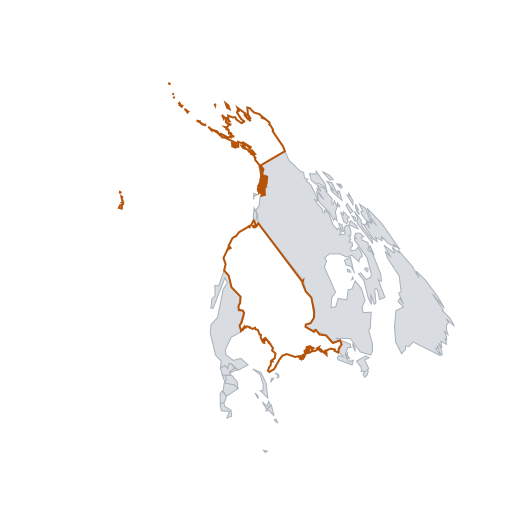 North America, with United States of America highlighted, rotated 53°
{"feature_id": "USA", "entity_name": "United States of America", "entity_type": "country or territory", "adm_level": 0, "iso_a3": "USA", "parent_name": "North America", "parent_adm1": "", "projection": "robinson", "projection_center": [-126.716, 45.186], "detail": "fine", "context": "in_parent", "style": "outline", "palette": "amber", "viewbox_px": 512, "rotation_deg": 53, "n_neighbors": 17, "source": "natural_earth", "source_scale": "50m", "svg_char_len": 13565}
<svg xmlns="http://www.w3.org/2000/svg" viewBox="0 0 512 512"><g transform="rotate(53 256 256)"><path d="M231.0,234.5L223.7,229.8L218.9,228.4L217.9,223.5L211.2,217.1L212.6,211.9L199.6,199.5L194.6,202.4L186.5,197.9L189.7,169.7L199.3,172.1L215.6,169.5L217.7,167.5L222.9,170.4L225.8,168.4L226.1,170.6L232.2,169.4L246.0,172.0L249.2,173.5L246.2,175.0L250.3,175.6L258.1,174.8L260.7,176.5L262.9,175.0L260.4,173.8L261.7,172.8L266.1,172.4L277.1,175.7L283.8,175.3L283.1,173.5L284.9,173.0L288.6,174.0L289.3,176.8L292.1,171.6L286.4,168.6L285.7,165.5L287.6,163.5L293.1,165.2L297.0,168.3L295.6,169.7L299.8,170.3L300.7,173.3L302.9,171.0L306.2,172.9L306.2,175.1L309.0,177.1L311.4,172.4L310.4,169.2L316.9,169.8L320.4,171.3L320.1,174.3L322.5,177.3L313.2,178.9L311.4,184.2L304.7,187.8L298.5,196.1L298.8,202.2L302.5,202.7L306.1,208.1L332.8,214.3L334.8,220.4L342.4,227.2L344.5,222.8L339.4,215.9L345.7,209.9L338.4,202.7L340.1,199.3L335.5,191.7L345.4,191.4L357.2,195.6L360.7,202.2L365.7,204.6L370.2,197.8L382.8,208.5L382.7,210.5L396.4,216.0L402.3,220.4L404.1,224.1L395.4,230.4L378.7,230.4L369.7,241.8L383.3,233.7L386.2,235.3L384.4,237.6L388.0,243.7L392.1,245.4L396.4,244.9L397.8,241.1L400.9,244.8L388.3,252.8L386.2,252.5L385.3,249.6L389.2,246.9L382.0,247.4L378.3,240.9L374.1,239.7L370.3,247.8L361.2,247.8L343.0,259.1L340.8,258.1L342.5,252.7L340.1,246.7L322.5,236.8L313.9,237.4L304.8,233.2L231.0,234.5ZM321.4,191.3L322.7,189.9L325.9,189.9L323.9,192.2L321.4,191.3ZM319.1,161.1L315.8,158.6L326.5,161.0L321.9,160.9L319.1,161.1ZM332.6,193.9L331.1,191.5L332.9,192.2L332.6,193.9ZM288.2,155.1L287.4,156.1L281.7,155.2L285.0,153.4L288.2,155.1ZM285.1,148.6L280.5,148.6L279.7,147.8L283.6,147.9L285.1,148.6ZM274.5,145.2L280.8,146.4L278.0,147.8L274.5,145.2ZM316.3,155.2L290.7,155.5L286.2,151.7L279.4,150.6L290.3,150.5L296.4,153.5L312.5,153.2L316.3,155.2ZM247.9,147.3L253.5,147.4L246.5,148.1L247.9,147.3ZM249.9,145.3L253.6,145.9L248.1,146.4L249.9,145.3ZM405.4,226.8L404.4,231.8L413.8,233.7L413.9,236.1L415.5,235.5L418.2,239.4L418.2,242.3L415.0,241.8L413.7,238.6L411.6,241.5L408.4,239.0L400.5,239.1L401.7,228.8L405.4,226.8ZM313.8,181.3L325.6,186.6L329.2,187.4L321.8,186.3L317.3,189.5L312.8,188.0L313.8,181.3ZM318.0,163.1L323.3,161.2L345.8,167.4L351.7,171.2L348.4,172.6L366.7,178.0L365.0,183.5L356.5,179.4L353.7,179.8L354.3,181.5L365.6,188.4L365.8,190.7L355.5,187.4L364.2,192.9L357.2,191.7L340.3,184.5L331.8,184.8L332.5,182.6L341.3,182.2L341.8,176.8L339.3,174.5L324.3,168.4L303.0,167.7L300.8,166.7L302.6,165.5L299.5,165.5L297.8,162.7L300.3,159.1L305.3,158.3L304.5,160.1L306.9,161.8L312.6,158.5L317.5,161.3L318.0,163.1ZM284.6,159.3L291.4,157.5L295.6,158.2L287.0,163.1L284.6,159.3ZM228.5,152.2L235.7,148.7L241.3,148.3L239.9,151.1L228.5,152.2ZM204.6,220.0L208.0,217.7L207.1,221.4L209.3,224.0L204.6,220.0ZM261.1,144.1L270.4,145.4L273.4,147.7L262.3,146.5L264.0,145.7L261.1,144.1ZM229.3,236.1L223.6,235.1L216.5,228.6L223.3,230.2L229.3,236.1ZM224.5,157.0L239.6,157.3L244.1,159.2L236.6,161.9L234.2,165.0L228.6,166.3L222.5,163.7L226.6,158.7L224.5,157.0ZM254.7,150.5L263.2,153.8L250.5,156.6L247.0,155.8L251.1,154.6L239.1,154.5L243.3,151.3L256.4,153.8L253.1,151.4L254.7,150.5ZM259.0,160.3L265.5,161.4L268.5,166.1L276.7,170.1L273.2,170.3L274.3,172.5L266.3,171.2L250.4,173.1L241.2,168.9L251.7,167.8L239.8,167.3L238.6,166.3L243.5,165.2L236.4,164.5L244.8,159.7L247.0,160.2L246.1,161.5L255.9,160.6L260.2,164.3L261.1,163.1L259.0,160.3ZM275.9,161.4L273.2,159.5L281.5,158.4L280.7,160.6L284.2,161.8L284.6,164.2L281.4,165.3L271.7,161.9L275.9,161.4ZM262.5,158.9L265.3,158.8L267.0,159.4L265.5,161.2L262.5,158.9ZM268.9,151.6L278.6,151.8L278.9,155.0L269.6,153.6L268.9,151.6ZM277.0,142.1L283.9,139.8L298.4,144.1L293.6,146.7L286.1,146.6L283.6,145.5L284.5,143.9L277.0,142.1ZM284.8,138.5L305.4,136.0L337.5,137.1L329.0,139.3L333.0,139.3L325.4,142.9L315.4,144.1L318.2,144.4L317.2,144.9L319.5,146.1L313.1,149.4L317.4,150.5L313.0,152.0L294.8,151.3L297.4,149.5L295.5,147.7L302.4,148.6L295.5,146.5L299.8,144.0L295.2,141.9L304.4,141.4L293.6,141.3L284.8,138.5ZM335.9,176.3L332.4,177.3L331.2,175.9L333.3,173.9L335.9,176.3ZM282.6,168.4L289.0,171.5L287.9,172.5L279.7,170.6L282.6,168.4ZM384.0,231.6L388.6,232.1L392.0,234.1L387.0,233.1L384.0,231.6ZM388.4,241.0L389.9,242.7L394.4,243.0L392.6,244.6L388.8,243.2L388.4,241.0Z" fill="#d9dde1" stroke="#a8b0b8" stroke-width="1"/><path d="M384.1,334.1L384.6,339.8L376.3,338.8L382.5,337.7L379.7,333.4L384.1,334.1Z" fill="#d9dde1" stroke="#a8b0b8" stroke-width="1"/><path d="M385.6,341.3L384.4,333.5L394.5,337.8L387.6,338.5L385.6,341.3Z" fill="#d9dde1" stroke="#a8b0b8" stroke-width="1"/><path d="M360.8,311.1L363.8,309.7L364.0,310.6L360.8,311.1ZM363.9,309.0L366.4,310.6L366.1,313.0L365.4,310.8L363.9,309.0ZM362.9,317.4L364.3,315.4L365.7,320.2L362.9,317.4Z" fill="#d9dde1" stroke="#a8b0b8" stroke-width="1"/><path d="M364.7,137.1L376.9,135.2L397.4,135.3L411.0,136.9L392.6,137.9L411.9,138.9L411.7,140.0L422.8,138.5L431.4,139.8L420.5,142.0L425.0,142.1L425.9,145.5L429.7,148.3L434.2,150.0L429.1,150.9L434.5,152.2L437.9,154.4L436.0,154.6L441.2,157.0L435.4,159.7L441.3,162.8L435.6,162.4L443.7,164.8L446.8,167.0L443.5,167.5L436.5,164.9L439.1,166.8L438.1,168.2L447.0,168.5L419.3,182.2L420.2,188.2L418.0,190.6L420.5,193.0L421.7,198.6L408.5,196.2L395.6,187.7L383.8,177.1L385.6,169.0L377.9,170.0L376.3,166.6L383.2,167.3L371.5,164.3L372.0,161.7L358.3,153.7L337.3,152.3L329.8,149.9L338.3,149.0L324.4,147.3L336.5,143.9L336.5,143.0L330.8,142.1L339.3,139.7L337.7,138.8L358.6,137.4L371.1,139.0L364.7,137.1Z" fill="#d9dde1" stroke="#a8b0b8" stroke-width="1"/><path d="M248.4,290.2L255.3,289.6L266.1,294.3L279.1,292.9L287.0,301.4L293.5,299.6L301.9,311.3L307.6,313.0L306.0,324.7L312.4,337.1L316.9,339.4L325.8,336.9L328.7,329.7L338.2,327.8L336.5,339.0L327.2,340.6L325.9,342.5L329.1,346.5L325.2,346.5L324.0,351.8L318.9,347.0L310.9,348.0L289.9,338.9L283.8,333.3L281.9,323.6L263.0,302.5L260.0,294.9L254.8,294.1L271.9,321.6L270.6,323.5L263.6,316.9L263.1,312.5L254.8,306.7L257.4,303.8L248.4,290.2Z" fill="#d9dde1" stroke="#a8b0b8" stroke-width="1"/><path d="M369.4,371.8L367.9,376.8L364.1,370.7L358.9,376.8L352.9,373.9L352.5,369.1L357.1,371.5L364.3,368.8L369.4,371.8Z" fill="#d9dde1" stroke="#a8b0b8" stroke-width="1"/><path d="M353.7,368.8L352.5,373.4L344.3,367.5L343.3,364.2L350.2,364.1L353.7,368.8Z" fill="#d9dde1" stroke="#a8b0b8" stroke-width="1"/><path d="M350.2,364.1L344.0,363.6L337.9,357.3L345.9,350.9L351.1,350.2L350.2,364.1Z" fill="#d9dde1" stroke="#a8b0b8" stroke-width="1"/><path d="M351.1,350.2L345.9,350.9L338.9,357.1L332.6,352.2L336.8,347.2L345.4,346.8L351.1,350.2Z" fill="#d9dde1" stroke="#a8b0b8" stroke-width="1"/><path d="M332.6,352.2L337.6,354.4L337.1,356.5L330.5,354.5L332.6,352.2Z" fill="#d9dde1" stroke="#a8b0b8" stroke-width="1"/><path d="M324.0,351.8L325.2,346.5L329.1,346.5L325.9,342.5L327.2,340.6L332.7,340.6L332.8,347.2L335.8,347.7L332.6,352.2L330.5,354.5L324.0,351.8Z" fill="#d9dde1" stroke="#a8b0b8" stroke-width="1"/><path d="M332.7,340.6L335.7,338.7L333.7,347.2L332.8,347.2L332.7,340.6Z" fill="#d9dde1" stroke="#a8b0b8" stroke-width="1"/><path d="M398.1,338.2L402.7,339.2L398.1,340.1L398.1,338.2Z" fill="#d9dde1" stroke="#a8b0b8" stroke-width="1"/><path d="M364.8,339.2L369.0,338.6L371.2,340.3L364.8,339.2Z" fill="#d9dde1" stroke="#a8b0b8" stroke-width="1"/><path d="M351.9,322.2L363.7,324.5L376.6,332.1L366.1,333.6L368.0,331.7L362.8,327.6L353.5,324.1L344.2,326.6L351.9,322.2Z" fill="#d9dde1" stroke="#a8b0b8" stroke-width="1"/><path d="M415.6,367.0L418.6,364.4L418.6,366.9L415.6,367.0Z" fill="#d9dde1" stroke="#a8b0b8" stroke-width="1"/><path d="M361.6,247.8L371.8,246.9L374.0,239.6L378.2,240.9L379.6,245.4L382.7,248.4L379.0,250.3L378.1,249.3L374.8,252.3L373.8,256.9L377.4,259.1L374.2,259.7L373.3,258.7L373.3,260.1L369.5,260.4L367.0,262.2L367.1,261.2L366.7,260.5L366.4,263.0L367.4,263.4L367.5,265.5L366.1,268.1L363.7,266.5L364.6,264.8L363.4,266.0L364.3,267.8L365.4,268.9L365.7,270.1L364.1,274.5L364.3,271.7L361.9,269.1L362.7,266.4L360.9,267.2L362.3,271.3L360.2,270.0L359.6,270.2L360.0,268.9L359.9,268.5L359.4,269.5L359.5,270.4L362.7,271.9L360.1,271.0L362.7,273.0L361.5,273.2L363.1,274.8L362.8,275.0L362.1,274.2L360.2,273.8L362.7,275.3L364.0,275.3L366.1,279.0L364.3,276.1L365.1,278.0L362.4,277.6L365.4,278.9L364.5,280.6L362.0,280.0L363.6,280.9L362.5,281.7L364.1,282.3L361.4,282.7L360.3,285.4L352.8,290.5L351.5,295.0L352.8,299.6L357.3,309.8L356.6,315.2L354.8,315.5L352.8,312.6L352.2,310.2L349.3,307.4L350.1,306.2L348.8,306.3L349.0,302.7L345.6,299.1L341.0,300.0L339.9,297.9L335.3,297.7L335.8,296.9L335.1,297.7L333.0,298.1L332.8,296.5L332.6,297.6L326.2,297.9L329.0,298.7L328.2,300.2L330.4,301.6L329.4,302.4L327.0,300.5L327.0,302.0L323.8,301.3L321.9,299.5L320.9,300.4L316.2,299.0L313.7,301.0L314.3,300.4L312.8,299.9L312.3,302.4L309.6,304.1L308.4,303.3L309.1,304.2L307.0,305.2L306.3,308.0L305.4,307.6L306.9,313.0L301.7,311.0L300.3,307.3L294.4,299.8L291.5,299.4L289.0,302.3L285.6,300.3L283.9,296.9L279.2,292.8L266.1,294.4L255.3,289.6L248.4,290.2L244.3,285.2L238.1,283.2L232.7,273.1L233.9,273.3L233.2,271.5L235.4,271.4L231.3,271.6L227.5,263.9L228.1,259.8L226.8,255.2L228.1,243.8L230.2,244.0L227.9,243.6L228.5,241.3L226.1,236.6L231.3,237.4L230.4,239.9L231.9,238.1L231.9,240.2L230.7,240.7L231.5,240.8L232.4,239.9L232.7,237.8L231.2,234.5L304.1,234.5L303.9,233.2L305.7,235.3L314.3,237.6L322.5,236.8L335.0,242.7L340.1,246.7L342.5,252.7L340.7,257.5L342.3,259.1L351.5,255.3L350.7,253.0L351.5,252.6L357.0,252.5L361.6,247.8ZM212.5,212.0L211.1,215.5L209.9,214.3L210.7,213.8L210.0,211.3L208.1,212.0L207.2,213.0L208.7,210.9L205.7,208.2L204.1,207.9L203.7,206.4L205.0,206.6L204.0,205.8L204.9,205.6L202.9,205.0L203.3,203.6L201.1,203.8L199.8,200.7L200.3,204.5L198.3,204.0L197.9,201.9L197.6,202.8L195.8,201.9L197.9,203.8L196.6,204.5L189.1,200.3L189.9,199.0L190.4,200.1L191.2,199.4L190.1,198.8L187.7,199.8L185.4,198.5L178.8,198.8L177.1,197.8L177.7,196.8L176.3,197.7L173.2,196.6L173.9,195.4L169.2,195.6L168.2,197.4L169.8,197.4L168.4,198.9L166.1,198.5L162.0,201.3L159.5,201.2L162.0,199.6L160.0,199.6L161.9,196.6L167.3,196.2L165.1,195.3L166.8,194.3L157.5,198.0L158.2,198.9L154.0,201.6L155.6,202.8L141.8,210.2L141.4,211.4L133.5,212.8L128.3,215.3L133.3,211.9L136.7,212.2L137.0,210.6L144.9,206.8L144.9,205.1L146.1,204.6L145.4,203.9L147.6,201.6L143.9,203.3L143.3,202.5L144.4,202.1L142.6,202.1L141.9,203.9L138.9,201.9L134.3,203.2L135.8,201.7L134.9,198.0L136.4,196.8L134.2,198.0L134.3,198.9L130.9,199.5L128.1,197.2L129.7,196.1L132.0,197.1L132.6,196.1L129.0,196.0L129.7,195.5L127.1,193.8L131.3,191.2L132.7,189.0L135.2,189.5L141.2,187.6L141.5,185.8L140.5,185.2L142.2,184.1L137.7,185.4L129.9,184.8L128.7,183.0L130.6,182.7L126.5,181.6L135.7,178.8L137.3,178.8L137.5,178.9L136.3,179.9L136.9,180.3L143.1,180.0L141.4,179.5L140.1,177.9L140.7,177.8L142.0,179.2L145.1,179.3L141.6,178.5L142.2,177.6L138.2,177.3L132.2,173.6L134.0,172.1L140.1,171.3L144.8,167.9L148.8,167.2L149.1,168.1L150.3,167.4L148.9,167.1L149.9,166.7L157.4,164.9L159.0,165.7L158.0,166.5L160.4,165.8L165.9,166.5L166.3,167.6L185.0,168.5L189.7,169.9L186.4,197.9L191.1,197.8L194.7,202.4L199.6,199.5L204.4,203.9L208.1,209.7L212.5,212.0ZM154.1,205.7L157.9,206.6L156.1,206.8L156.6,207.3L155.1,207.7L153.9,208.3L153.1,209.1L153.7,208.5L151.6,207.4L153.3,206.3L154.1,207.4L154.1,205.7ZM203.7,210.5L207.1,213.3L206.3,212.9L206.0,213.3L207.6,214.1L207.4,215.7L203.4,212.3L204.5,211.9L203.2,211.7L203.7,210.5ZM135.0,336.5L133.7,334.0L134.5,332.2L137.4,334.7L135.0,336.5ZM115.7,188.3L119.1,187.5L122.7,188.7L120.1,189.8L115.7,188.3ZM196.6,205.3L200.6,205.2L199.6,206.0L200.5,206.9L199.0,206.3L198.1,207.0L196.6,205.3ZM126.1,197.7L126.9,199.1L122.8,198.2L124.2,198.2L126.1,197.7ZM199.3,206.7L201.2,209.3L200.9,210.9L199.2,207.6L198.3,208.4L199.3,206.7ZM200.7,204.1L202.4,204.8L203.3,206.4L202.2,205.1L203.0,207.2L201.7,208.2L200.7,204.1ZM124.1,216.3L128.2,215.4L128.8,215.9L124.1,216.3ZM209.4,211.7L209.6,214.1L208.0,214.1L209.4,211.7ZM370.9,261.4L372.6,261.2L367.0,262.6L371.4,260.8L370.9,261.4ZM202.8,208.4L205.3,208.8L204.4,209.0L204.7,210.1L202.8,208.4ZM115.8,220.3L120.3,218.3L118.5,219.8L115.8,220.3ZM156.9,203.9L158.9,204.5L155.3,205.0L156.9,203.9ZM201.8,208.9L203.4,209.5L202.1,211.4L201.8,208.9ZM115.4,220.2L113.8,221.2L112.1,221.9L114.7,219.7L115.4,220.2ZM206.7,210.0L206.7,211.8L205.9,211.0L206.7,210.0ZM132.8,331.0L133.2,329.8L134.1,330.5L132.8,331.0ZM98.5,224.2L95.4,224.5L99.0,223.5L98.5,224.2ZM204.7,214.1L205.7,215.8L203.9,213.8L204.7,214.1ZM128.4,327.3L129.3,328.6L127.4,327.7L128.4,327.3ZM170.6,199.2L171.6,197.8L172.1,198.0L170.6,199.2ZM65.0,221.5L66.6,221.3L67.3,221.8L65.0,221.5ZM124.4,325.5L123.5,326.6L123.0,326.1L124.4,325.5ZM91.7,224.6L92.1,225.5L90.7,225.9L91.7,224.6ZM89.1,225.2L87.9,225.7L87.7,225.0L89.1,225.2ZM109.5,197.4L111.0,197.6L111.3,198.0L109.5,197.4ZM173.2,197.4L174.2,197.6L172.8,197.7L173.2,197.4ZM206.0,210.2L205.4,210.8L205.1,210.4L206.0,210.2ZM203.2,213.2L204.3,213.2L203.4,213.9L203.2,213.2ZM98.8,224.2L100.4,224.3L101.3,224.3L99.2,224.4L98.8,224.2ZM130.3,329.3L131.3,329.0L132.0,329.1L130.3,329.3ZM90.6,224.8L88.9,225.7L90.6,224.8ZM231.6,236.5L232.4,237.9L232.3,238.1L231.4,237.1L231.6,236.5ZM121.8,217.7L120.9,217.9L120.8,217.6L121.8,217.7ZM307.4,312.0L306.6,309.8L306.5,308.5L306.7,309.8L307.4,312.0ZM137.2,203.4L136.8,203.1L137.9,202.7L137.2,203.4ZM80.0,225.9L80.7,226.7L79.3,225.8L80.0,225.9ZM155.7,208.0L154.9,208.4L155.1,207.8L155.7,208.0ZM76.9,224.8L76.0,224.9L77.3,224.3L76.9,224.8ZM306.8,307.3L306.5,308.3L307.3,306.3L306.8,307.3ZM356.0,306.4L356.8,308.5L355.8,306.2L356.0,306.4ZM366.5,280.3L366.0,281.0L366.2,279.2L366.5,280.3ZM365.6,270.9L365.2,272.0L365.7,270.5L365.6,270.9Z" fill="none" stroke="#b45309" stroke-width="2"/></g></svg>